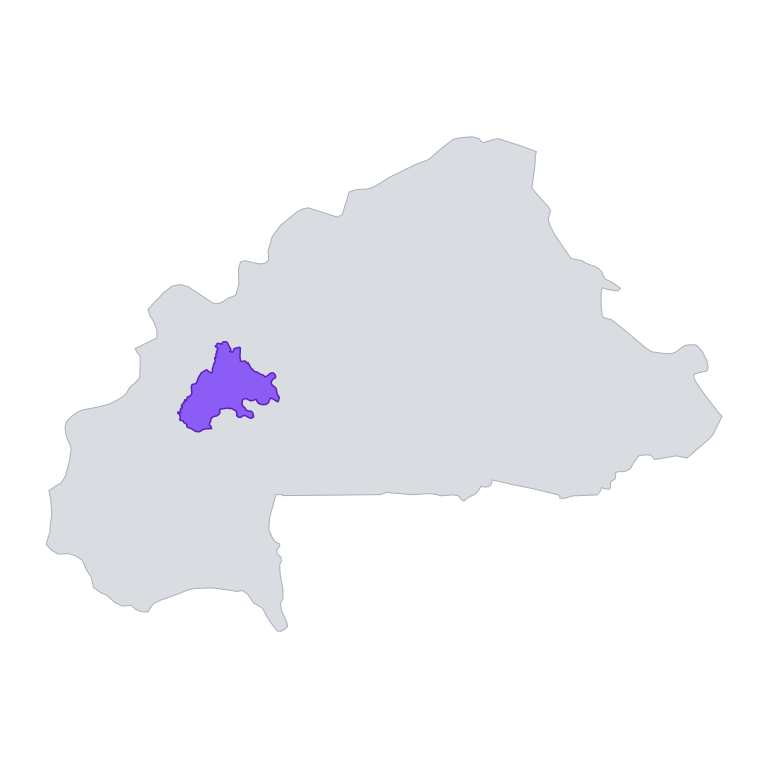 Burkina Faso, with Mou Houn highlighted
{"feature_id": "BFA-2804", "entity_name": "Mou Houn", "entity_type": "Province", "adm_level": 1, "iso_a3": "BFA", "parent_name": "Burkina Faso", "parent_adm1": "", "projection": "mercator", "projection_center": [-3.423, 12.234], "detail": "fine", "context": "in_parent", "style": "filled", "palette": "violet", "viewbox_px": 768, "rotation_deg": 0, "n_neighbors": 0, "source": "natural_earth", "source_scale": "10m", "svg_char_len": 6117}
<svg xmlns="http://www.w3.org/2000/svg" viewBox="0 0 768 768"><path d="M594.8,495.0L572.8,495.9L564.8,498.3L559.9,498.4L559.8,496.3L559.2,495.1L531.5,488.4L512.0,484.4L492.3,479.9L491.2,484.1L488.3,486.8L484.1,487.0L481.1,486.3L479.1,489.5L475.9,493.8L471.3,495.9L466.8,498.5L464.3,500.8L462.5,500.8L457.9,495.4L452.0,494.9L440.7,495.8L435.7,494.3L428.8,493.6L412.6,494.7L386.6,492.5L382.4,493.7L381.2,494.6L355.5,494.9L327.2,495.2L303.5,495.4L282.8,495.6L282.8,494.7L276.1,494.6L275.4,496.4L269.5,518.1L268.9,529.9L272.0,537.2L275.5,541.9L279.5,543.8L279.8,546.4L276.7,549.8L277.0,553.3L280.7,556.9L281.6,560.6L279.7,564.6L280.1,574.1L282.9,589.1L283.0,598.9L280.4,603.3L281.6,611.0L286.7,621.7L287.6,626.3L285.8,628.4L281.6,631.2L277.3,631.1L272.3,624.6L270.1,621.6L266.0,615.0L262.6,608.4L258.0,605.5L253.4,602.8L247.9,594.4L242.5,590.4L236.9,591.5L228.6,590.0L212.0,587.9L194.1,588.5L186.7,590.4L179.3,593.5L160.7,600.2L153.4,603.6L147.8,612.0L141.5,611.8L135.2,609.1L131.2,605.3L122.8,606.1L114.6,602.4L106.6,595.1L100.8,592.7L93.4,587.4L91.3,577.3L86.6,570.2L82.3,560.3L75.8,555.9L68.4,553.6L58.1,554.1L51.4,550.1L46.1,544.3L47.5,539.3L49.9,532.3L50.2,525.4L51.8,514.3L50.8,500.4L48.9,490.8L54.6,486.7L61.1,483.1L65.2,476.5L69.4,461.7L71.2,448.9L69.9,444.2L67.7,440.4L66.0,434.9L65.0,428.2L66.2,422.3L71.1,416.9L77.3,412.3L81.8,410.1L93.4,407.9L108.1,404.5L116.5,400.6L122.6,396.8L126.1,393.7L129.6,387.5L135.2,382.7L139.6,377.8L140.2,364.2L140.2,356.4L136.9,352.2L135.2,348.5L156.8,337.9L157.0,330.4L153.9,322.0L149.7,315.2L148.1,309.4L154.1,302.5L159.5,297.3L163.3,292.9L171.8,286.2L180.7,284.5L188.7,287.0L212.4,302.8L216.6,303.8L221.5,302.6L227.7,298.4L235.8,295.2L238.8,284.6L238.5,269.1L240.4,262.0L244.7,260.7L258.3,263.7L261.9,263.9L265.8,262.9L268.7,260.1L268.6,255.1L268.0,250.7L272.4,236.3L280.5,225.5L296.9,211.9L302.0,209.2L308.0,207.8L337.4,217.1L342.2,214.8L349.3,191.7L357.3,189.5L366.9,189.1L373.1,187.1L376.3,185.5L390.3,176.8L414.9,164.8L428.2,159.7L430.8,157.7L440.3,149.3L452.9,139.5L460.9,137.6L472.0,136.8L479.0,138.5L480.9,141.2L483.2,142.6L497.7,138.5L518.5,145.1L536.4,151.6L535.3,155.7L535.2,162.9L533.7,174.4L531.9,188.1L539.3,197.0L548.1,206.6L550.5,210.3L548.2,219.7L549.8,225.2L554.5,234.4L562.5,246.1L570.7,258.0L576.3,259.6L581.7,260.6L585.0,262.7L589.8,264.8L594.6,266.2L598.7,268.8L601.4,271.4L604.8,278.7L614.0,283.6L620.5,288.4L617.9,290.9L609.8,289.9L602.3,287.8L601.3,291.3L601.0,304.9L602.2,316.1L603.9,317.6L611.5,319.7L629.6,334.3L646.0,348.1L651.5,351.7L660.6,353.1L670.7,353.7L675.1,352.4L684.9,345.4L690.2,344.7L695.0,344.9L697.6,346.0L702.3,351.6L706.7,360.2L708.0,366.5L707.6,369.9L706.1,371.2L698.0,372.9L694.5,374.1L693.7,376.0L694.9,380.2L696.5,383.0L705.3,395.4L718.0,412.0L721.9,416.3L719.7,421.2L713.2,434.2L708.4,439.6L687.0,458.0L676.5,455.8L654.5,459.6L651.2,455.3L646.1,454.8L639.7,455.5L637.4,457.1L636.7,458.9L634.4,461.5L630.4,468.7L627.2,470.6L623.3,471.7L618.5,471.6L615.7,472.5L615.7,476.1L614.8,479.3L611.6,480.8L610.2,484.3L610.5,487.8L608.6,489.4L604.5,488.5L602.0,487.6L599.7,492.0L596.8,495.1L594.8,495.0Z" fill="#d9dde1" stroke="#a8b0b8" stroke-width="1"/><path d="M275.2,375.2L275.6,375.9L275.5,377.6L272.8,379.2L271.7,381.0L271.2,383.0L271.7,384.6L274.9,387.2L276.1,388.6L276.7,390.9L276.7,392.3L277.3,394.2L278.2,395.9L279.3,397.2L279.3,397.8L278.6,399.9L278.5,400.8L278.0,401.7L277.0,401.5L272.3,398.6L270.5,398.2L269.7,399.6L269.5,400.1L268.7,401.7L268.5,402.6L267.5,403.5L265.9,404.4L262.8,404.7L259.8,404.0L258.8,403.4L257.9,402.8L256.8,401.1L256.5,399.6L255.5,399.5L253.1,400.4L250.6,400.8L246.2,398.6L243.8,399.0L242.3,400.2L242.1,404.7L243.1,406.3L245.2,408.1L246.1,410.0L248.0,410.9L251.1,411.2L252.7,412.7L253.4,415.2L253.6,416.9L252.1,417.9L250.1,418.2L244.9,415.4L242.5,416.1L240.8,417.4L238.4,417.1L236.7,415.6L236.8,413.1L236.0,410.9L231.1,408.3L229.7,408.7L229.0,408.3L226.9,408.1L219.8,409.3L219.6,410.3L220.0,412.4L219.3,413.9L218.2,414.9L216.5,416.0L214.1,416.4L212.6,417.1L211.6,418.1L210.8,419.5L210.6,421.5L209.3,424.1L209.6,425.1L210.6,425.8L211.3,427.3L211.5,428.5L210.6,428.6L205.3,428.9L203.7,429.3L201.9,430.2L200.3,431.3L199.1,431.8L197.5,431.7L195.6,431.4L194.3,430.7L193.1,429.8L191.5,428.8L189.6,428.0L188.2,427.6L187.1,427.1L186.8,426.1L187.0,424.9L186.6,424.1L185.1,423.4L183.7,422.4L183.4,421.5L183.1,420.7L181.0,420.5L180.6,420.3L180.1,420.4L179.8,419.5L180.1,418.0L180.2,416.9L179.6,414.4L179.0,414.0L178.2,413.6L177.8,413.2L178.0,412.0L178.6,412.1L179.4,412.6L180.7,412.5L180.2,411.1L180.3,409.5L181.1,408.2L182.5,407.7L182.0,406.6L181.8,406.2L181.3,405.9L183.1,403.0L183.4,402.8L183.8,402.8L184.1,402.8L184.4,400.9L184.8,399.9L185.4,399.9L186.4,400.6L186.8,399.4L187.1,397.8L187.4,397.0L189.0,396.6L190.4,395.6L191.4,394.3L191.8,393.1L191.3,386.6L192.1,384.5L195.1,383.8L196.3,383.0L197.2,381.2L198.3,377.8L201.2,373.0L202.2,372.2L205.5,370.3L206.5,369.9L207.0,370.0L207.3,370.1L208.5,371.5L209.2,371.9L209.8,372.0L210.5,372.2L211.1,373.0L212.3,372.2L212.5,371.4L212.3,369.4L212.5,368.2L213.3,366.1L213.5,365.2L213.8,363.5L215.0,362.3L215.3,361.3L214.7,358.9L214.8,357.9L215.9,357.4L215.9,356.8L215.5,356.7L215.9,356.1L216.1,355.6L215.9,354.8L215.9,353.8L216.2,353.3L216.8,352.8L217.0,352.3L216.5,351.4L216.9,350.7L217.5,349.5L217.8,348.3L217.3,347.8L216.2,347.4L215.5,346.6L215.4,345.8L216.8,345.1L217.0,344.5L217.0,343.8L217.3,343.5L219.7,343.5L221.2,344.1L222.0,344.0L222.3,342.7L222.7,342.2L223.8,341.8L225.0,341.7L225.8,341.8L226.9,342.2L227.4,342.6L227.7,343.1L228.6,345.3L230.8,349.2L230.8,350.1L229.9,351.4L230.5,351.8L230.6,351.7L231.0,351.4L231.7,352.0L232.5,352.1L233.1,351.6L233.7,349.2L234.6,348.5L236.9,347.8L239.6,347.3L240.4,348.1L239.9,356.5L240.6,360.6L240.4,361.0L241.2,361.4L242.2,361.4L244.2,361.0L245.5,361.2L246.1,361.8L246.6,362.6L247.4,363.4L248.0,362.8L251.5,368.8L252.8,369.4L252.9,369.6L253.1,370.4L253.3,370.6L254.4,371.4L255.0,371.7L255.9,371.8L257.2,372.2L260.6,374.3L262.4,374.8L263.3,375.2L264.8,376.7L265.3,376.9L266.0,376.4L267.2,375.8L267.9,375.4L269.9,373.6L271.3,372.9L273.2,373.0L274.7,374.1L275.2,375.2Z" fill="#8b5cf6" stroke="#5b21b6" stroke-width="1.5"/></svg>